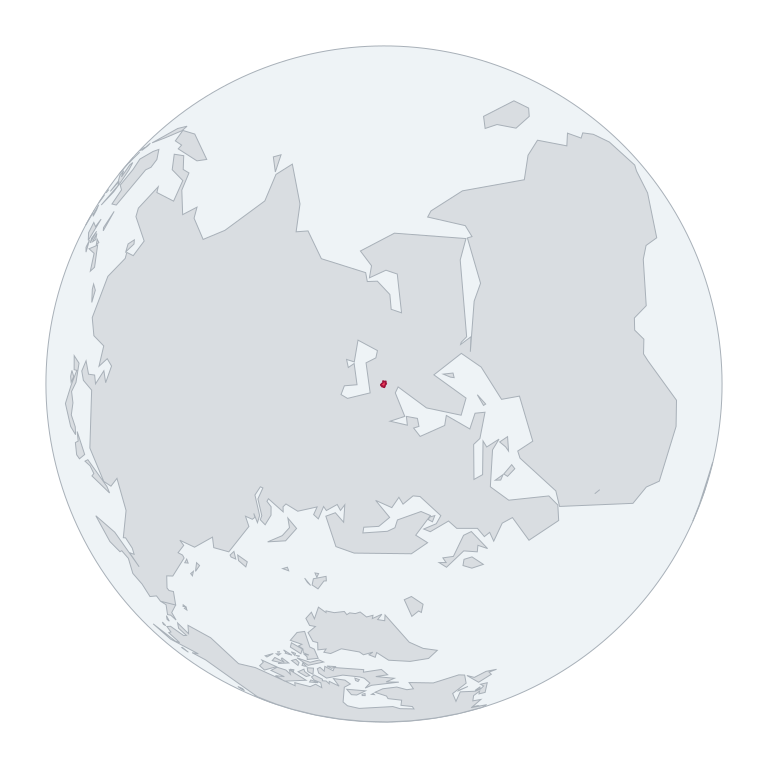 Mtskheta-Mtianeti on an orthographic globe, rotated 207°
{"feature_id": "GEO-3034", "entity_name": "Mtskheta-Mtianeti", "entity_type": "Region", "adm_level": 1, "iso_a3": "GEO", "parent_name": "Georgia", "parent_adm1": "", "projection": "orthographic", "projection_center": [44.706, 42.223], "detail": "fine", "context": "on_globe", "style": "filled", "palette": "rose", "viewbox_px": 768, "rotation_deg": 207, "n_neighbors": 0, "source": "natural_earth", "source_scale": "10m", "svg_char_len": 11808}
<svg xmlns="http://www.w3.org/2000/svg" viewBox="0 0 768 768"><g transform="rotate(207 384 384)"><circle cx="384" cy="384" r="338" fill="#eef3f6" stroke="#a8b0b8"/><path d="M341.7,48.7L342.5,48.7L333.4,49.9L336.2,49.7L347.8,48.5L354.8,47.9L380.2,51.6L417.7,57.2L433.0,57.5L426.9,59.3L458.3,59.8L480.8,65.5L453.1,60.2L448.6,60.8L462.9,64.7L461.3,66.3L467.3,69.4L464.2,71.2L448.3,68.9L445.9,70.3L456.1,73.1L459.4,77.4L444.8,72.8L449.1,80.0L423.2,79.2L386.6,68.8L369.9,72.9L326.2,74.8L327.9,77.4L312.4,80.8L308.7,85.4L301.6,85.2L304.7,89.1L311.9,88.5L315.6,90.1L314.0,93.0L304.8,93.0L304.2,91.6L300.7,93.1L296.7,92.0L297.8,94.2L286.8,94.4L295.3,98.6L284.4,102.4L277.8,101.4L281.7,95.8L276.1,82.1L270.5,80.7L258.8,83.7L229.7,100.6L222.3,102.0L209.8,108.1L212.3,109.5L223.0,105.4L224.7,110.3L237.6,105.5L240.1,107.1L252.1,105.2L246.7,111.9L235.0,119.8L224.8,122.0L219.4,125.8L226.1,129.4L204.4,140.0L185.3,158.8L180.0,161.3L175.0,154.7L182.3,139.4L175.8,133.9L176.3,144.3L163.2,151.7L159.5,156.1L158.1,160.2L161.7,160.3L156.4,164.7L153.9,155.1L158.7,151.0L159.4,153.8L162.7,147.0L161.0,142.0L154.5,146.9L158.7,136.6L154.1,140.2L152.5,140.5L159.5,135.2L146.9,144.9L149.9,140.3L167.8,124.3L186.8,109.6L206.8,96.3L227.6,84.4L249.3,74.1L271.7,65.3L294.6,58.1L318.0,52.6L341.7,48.7ZM46.6,402.0L48.0,417.6L52.8,447.3L55.5,462.7L55.6,463.6L49.7,433.0L46.6,402.0ZM358.2,47.6L348.2,48.4L338.3,49.3L346.7,48.2L358.2,47.6ZM376.9,48.1L371.8,48.4L369.1,47.4L372.9,47.5L376.9,48.1ZM444.3,57.8L436.5,56.2L444.6,57.3L444.3,57.8ZM468.7,69.6L471.4,69.7L473.4,71.3L468.7,69.6ZM254.2,101.8L253.1,103.5L251.5,102.9L254.2,101.8ZM260.4,99.6L259.3,97.8L262.0,96.5L262.7,97.6L260.4,99.6ZM470.4,75.8L472.7,78.8L467.6,75.2L470.4,75.8ZM261.2,102.2L267.1,94.5L272.0,92.4L278.6,95.1L261.2,102.2ZM472.2,80.3L478.0,88.4L484.5,89.0L469.3,92.5L469.4,84.0L462.1,79.3L469.0,81.2L472.2,80.3ZM314.8,87.1L307.1,87.9L315.0,84.7L314.8,87.1ZM318.9,84.7L337.7,74.1L348.3,74.9L339.9,78.0L354.7,77.5L350.6,83.1L341.6,84.6L335.5,82.8L338.6,86.4L318.9,84.7ZM460.0,93.5L459.0,95.4L457.0,93.1L460.0,93.5ZM317.7,90.6L320.5,88.1L329.9,88.6L325.9,93.6L324.2,91.8L317.7,90.6ZM360.6,74.9L366.9,76.5L365.3,81.3L367.5,82.6L351.5,83.3L360.6,74.9ZM321.3,93.2L323.6,96.3L317.8,98.8L315.5,93.1L321.3,93.2ZM334.1,86.7L338.3,87.2L334.6,88.5L334.1,86.7ZM298.4,110.4L301.6,106.9L306.8,106.8L298.4,110.4ZM324.9,97.3L326.9,96.5L329.3,96.1L329.7,98.7L324.9,97.3ZM351.5,86.9L349.5,88.8L358.0,86.8L357.1,90.8L346.5,90.7L350.7,92.4L350.5,93.6L342.2,92.2L351.5,86.9ZM337.2,100.5L323.5,102.5L316.4,108.7L311.6,108.9L323.9,98.9L337.2,100.5ZM340.8,95.7L337.5,98.7L333.2,97.2L332.9,94.2L340.8,95.7ZM360.3,93.6L364.4,87.6L366.5,87.9L360.3,93.6ZM336.0,102.6L339.3,102.1L336.0,103.2L336.0,102.6ZM353.8,96.6L354.9,94.3L357.4,94.7L353.8,96.6ZM345.1,103.3L340.6,103.8L340.2,101.7L345.1,103.3ZM349.7,100.4L352.8,101.5L342.8,100.6L349.8,99.3L349.7,100.4ZM355.9,97.3L357.7,96.8L355.1,98.2L355.9,97.3ZM349.0,111.4L336.5,110.8L335.6,105.9L348.0,107.1L349.0,111.4ZM104.5,478.8L94.6,422.4L103.5,411.3L108.0,390.7L172.0,354.6L182.4,366.8L229.2,379.7L234.4,385.0L225.5,400.6L257.8,434.7L272.3,423.7L305.1,443.2L329.0,446.4L343.7,414.8L304.5,408.7L301.1,391.2L335.3,382.0L370.1,387.8L369.9,381.2L350.8,364.6L361.7,353.6L344.5,357.9L349.3,365.3L338.6,368.5L333.6,362.1L337.6,358.2L328.0,353.7L311.1,374.6L314.2,384.3L287.1,382.9L289.6,399.3L281.2,404.7L273.8,379.0L276.7,370.9L260.5,339.8L255.0,348.0L269.9,378.2L263.9,374.5L256.5,387.1L257.4,374.6L242.6,340.7L220.1,337.1L186.3,359.1L174.2,355.1L166.4,341.7L183.9,310.6L208.9,323.3L215.5,313.7L214.9,293.8L222.5,299.8L225.3,293.6L235.2,297.8L253.6,288.4L264.3,291.2L275.7,273.4L282.8,272.8L274.0,283.2L273.6,292.5L300.8,300.1L307.3,297.5L312.5,285.6L319.3,289.8L320.9,277.4L338.6,276.5L318.4,267.7L324.0,254.8L337.0,247.2L335.2,241.7L314.1,254.3L309.0,260.9L310.3,269.0L293.1,287.2L282.9,287.9L287.1,263.7L273.1,262.4L282.5,245.2L333.8,219.8L353.0,217.3L375.8,239.8L368.9,247.2L357.2,242.5L364.1,258.6L365.4,251.6L371.0,255.4L377.9,245.1L382.2,247.4L381.3,234.0L387.4,235.7L387.8,244.1L403.1,231.5L416.9,232.6L418.2,228.8L415.8,224.3L434.9,229.3L435.0,226.3L428.9,223.4L425.1,215.8L426.0,204.6L432.6,206.9L433.1,211.2L444.2,224.4L444.7,236.4L447.5,236.3L448.6,226.5L435.1,210.3L433.8,203.0L441.3,209.6L438.5,206.6L439.9,203.7L447.4,203.3L439.7,195.7L446.1,164.0L461.4,160.9L467.3,169.7L478.7,152.6L495.0,152.1L489.2,149.3L490.9,140.2L485.8,140.1L483.1,138.2L485.0,117.0L490.5,114.4L484.7,103.7L481.8,102.4L477.4,103.5L469.3,92.5L484.5,89.0L490.5,91.9L496.0,88.4L508.7,95.9L521.8,101.2L532.6,112.6L542.0,116.4L543.1,114.7L556.7,119.2L581.0,135.8L556.6,129.7L519.2,110.0L534.1,118.2L529.3,118.8L533.8,123.5L544.4,129.6L546.5,128.7L556.4,154.2L579.1,178.7L580.9,169.0L589.5,170.0L617.0,193.4L641.7,245.8L653.5,250.8L659.2,258.4L660.0,269.4L651.7,258.6L645.9,260.6L641.1,253.2L639.6,268.6L632.6,258.8L634.9,276.3L642.1,280.9L646.0,270.4L651.0,290.7L664.4,295.3L674.1,310.7L678.9,354.6L671.6,378.4L672.9,384.5L665.7,384.5L662.6,402.5L681.0,420.5L682.7,429.2L674.7,457.3L673.3,451.5L654.5,451.4L655.6,473.9L670.0,478.8L675.2,493.5L666.1,496.5L660.3,484.0L653.6,483.5L652.2,465.0L640.3,443.5L630.9,456.7L628.5,445.5L610.8,430.7L595.5,448.7L573.3,493.0L575.4,521.7L565.5,538.3L540.6,506.3L531.4,479.7L521.2,485.9L496.7,467.2L450.9,474.9L445.4,467.7L436.6,472.6L419.4,466.4L411.5,453.8L400.7,455.4L422.1,488.0L433.9,486.3L445.2,472.0L448.8,483.7L465.4,491.8L443.2,523.1L377.0,550.8L372.4,529.1L331.8,463.6L334.1,456.4L334.0,455.5L333.7,454.0L328.0,465.5L321.7,451.9L341.3,498.8L343.7,517.6L376.0,552.0L372.5,555.3L383.5,562.0L420.9,552.6L420.7,559.6L401.8,591.7L351.7,629.7L359.5,653.2L357.9,670.9L329.2,679.2L334.4,690.8L320.0,692.6L320.9,698.0L310.9,701.5L293.1,701.9L260.0,692.9L255.7,688.4L235.9,673.9L207.4,638.1L213.4,626.4L209.6,612.8L185.9,572.8L190.9,556.5L185.1,545.8L172.8,541.9L166.4,528.6L159.2,524.4L116.0,502.3L104.5,478.8ZM146.4,381.9L143.8,387.8L146.4,381.9ZM405.0,410.8L427.1,411.3L420.5,390.2L428.5,388.9L423.3,382.5L419.9,388.7L407.7,371.1L418.5,364.4L417.5,355.1L410.0,354.6L392.3,369.8L409.6,394.7L403.1,403.6L405.0,410.8ZM163.4,152.2L163.4,153.1L161.0,157.6L160.1,156.4L163.4,152.2ZM162.6,174.3L154.2,180.9L159.6,175.0L156.6,174.1L164.3,161.2L177.8,161.9L170.3,163.6L162.6,174.3ZM178.3,145.1L171.9,152.6L178.4,144.5L178.3,145.1ZM231.2,258.1L233.1,264.1L227.1,269.9L213.6,268.4L222.1,259.8L231.2,258.1ZM237.2,271.5L245.1,249.1L253.9,249.9L247.6,253.1L252.6,255.8L243.9,261.9L244.4,285.3L239.2,292.2L217.0,284.4L227.1,282.9L224.7,276.8L237.2,271.5ZM250.1,197.5L253.7,189.6L268.0,201.0L263.1,207.1L249.2,205.5L247.0,197.4L250.1,197.5ZM271.7,109.4L272.1,107.1L274.7,106.9L276.4,108.7L271.7,109.4ZM299.5,108.8L272.4,120.3L271.5,117.9L256.7,128.5L248.7,126.6L258.5,119.6L241.2,126.5L246.9,119.5L235.4,125.1L258.3,109.9L262.7,104.5L260.8,111.1L268.1,112.9L272.6,112.0L288.6,105.9L301.7,95.9L311.0,96.8L314.1,100.0L312.4,102.5L306.9,101.0L308.5,105.5L299.2,105.4L299.5,108.8ZM345.1,147.7L339.4,143.2L341.1,155.4L331.9,154.0L332.6,155.5L324.5,157.7L316.1,163.3L312.4,161.6L310.7,164.5L305.3,166.4L301.7,170.0L293.8,168.5L288.8,172.9L287.9,169.7L281.4,177.9L282.7,171.2L275.9,173.4L278.2,178.7L244.3,165.4L229.1,166.2L215.6,170.9L219.7,159.7L234.8,148.7L254.5,140.0L268.6,141.4L267.8,136.5L274.4,135.9L272.2,140.0L279.4,133.4L284.2,134.1L301.8,128.7L309.2,119.6L315.8,117.7L315.3,121.6L322.2,117.1L325.7,123.5L330.5,122.4L338.8,128.0L335.0,136.8L340.7,135.1L347.2,139.7L345.1,147.7ZM351.1,113.1L348.7,123.1L342.4,127.5L330.7,116.0L325.8,116.1L318.1,109.7L327.3,103.7L328.7,106.0L332.2,106.9L327.9,108.4L333.9,107.9L336.0,111.2L341.2,111.8L339.0,114.8L351.1,113.1ZM242.6,380.8L247.1,383.2L254.6,384.9L250.0,393.2L242.6,380.8ZM232.0,357.8L236.4,358.2L233.6,370.1L229.0,367.9L232.0,357.8ZM241.2,348.8L236.8,357.3L236.4,351.4L241.2,348.8ZM278.3,283.2L283.2,283.3L282.8,286.3L279.0,289.8L278.3,283.2ZM348.3,186.3L346.0,182.4L348.1,181.2L349.8,171.5L356.8,172.3L358.5,178.4L348.3,186.3ZM335.7,419.7L327.5,425.1L324.4,421.5L327.9,420.3L335.7,419.7ZM285.6,410.1L296.0,416.8L284.3,412.3L285.6,410.1ZM356.2,185.4L356.1,181.3L359.7,184.3L356.2,185.4ZM362.1,172.4L366.6,175.0L357.9,171.2L362.1,172.4ZM416.8,667.7L396.8,695.3L380.4,695.5L376.1,688.4L382.5,671.9L401.1,666.5L409.9,657.6L416.8,667.7ZM704.7,486.3L707.0,481.2L706.7,482.5L704.7,486.3ZM702.6,488.8L705.8,482.2L701.5,492.5L702.6,488.8ZM706.9,479.6L710.1,470.2L711.5,465.2L710.8,468.1L706.9,479.6ZM700.1,493.6L683.8,518.0L676.5,524.3L679.0,518.0L690.9,503.8L700.1,493.6ZM678.3,518.6L666.1,520.8L643.9,503.6L652.0,497.9L674.1,500.1L672.8,505.0L680.3,505.9L678.3,518.6ZM705.0,461.2L703.6,473.6L695.3,486.4L691.1,490.8L688.3,480.9L690.0,471.3L693.6,466.6L703.8,421.9L708.1,420.9L706.0,437.7L709.3,441.5L705.0,461.2ZM577.1,523.6L585.7,536.1L579.8,541.5L577.1,523.6ZM704.9,396.0L702.8,415.3L703.7,393.0L704.9,396.0ZM703.6,377.5L705.2,382.7L702.3,380.6L703.6,377.5ZM675.6,392.6L671.9,399.1L670.3,395.2L674.1,384.6L675.6,392.6ZM681.4,324.0L686.9,336.0L688.1,341.2L683.8,336.5L681.4,324.0ZM416.0,190.5L405.8,202.7L403.0,213.1L408.8,220.9L396.3,215.6L400.5,199.6L416.0,190.5ZM441.7,166.7L436.6,160.7L441.7,160.4L443.5,161.7L441.7,166.7ZM436.7,165.2L425.1,163.5L424.1,158.3L433.4,160.6L436.7,165.2ZM390.5,173.5L386.9,176.9L384.1,174.3L390.5,173.5ZM714.8,452.9L710.2,472.1L714.4,454.9L715.3,450.7L714.8,452.9ZM721.1,407.2L721.2,405.8L721.1,407.2ZM721.6,399.3L721.0,404.7L721.9,390.3L721.6,399.3ZM718.4,428.1L718.0,431.4L717.5,432.2L718.4,428.1ZM719.3,422.4L720.4,416.1L718.9,425.7L719.3,422.4ZM711.1,439.9L712.1,444.2L715.3,431.4L712.8,444.1L714.0,449.7L712.8,455.9L711.9,449.3L710.0,463.8L708.4,467.3L708.5,458.5L710.6,441.6L712.1,432.5L717.2,415.1L711.1,439.9ZM719.6,414.1L719.1,408.5L719.3,401.3L720.0,402.9L719.6,414.1ZM715.9,396.2L712.5,393.2L710.9,402.5L712.7,377.7L715.9,384.7L715.9,396.2ZM710.7,380.9L709.4,389.6L709.8,376.3L710.7,380.9ZM708.2,387.8L706.4,381.7L708.3,378.4L708.2,387.8ZM711.7,378.4L709.4,366.2L711.6,370.6L711.7,378.4ZM701.6,368.8L708.2,370.6L702.2,377.7L694.9,356.6L696.9,351.2L701.6,368.8ZM668.2,254.4L663.8,249.7L663.7,243.7L666.7,248.6L668.2,254.4ZM659.0,222.0L662.2,240.7L663.9,256.7L666.6,256.1L672.9,268.6L665.2,264.1L659.2,245.7L659.0,235.5L652.6,226.0L648.6,214.5L639.7,205.7L635.8,198.8L643.9,203.9L659.0,222.0ZM635.8,202.4L618.7,185.3L621.4,179.1L625.7,181.4L632.4,191.7L630.6,194.3L635.8,202.4ZM615.4,179.5L613.5,182.1L584.4,166.9L579.0,162.3L602.5,169.5L601.9,172.5L608.6,177.6L615.4,179.5ZM462.7,96.1L459.4,95.5L462.1,94.6L462.7,96.1ZM480.3,138.4L477.2,135.5L480.4,134.3L480.3,138.4ZM470.2,127.3L468.8,130.6L467.6,126.1L470.2,127.3ZM465.9,138.5L466.9,131.5L469.9,139.7L465.9,138.5Z" fill="#d9dde1" stroke="#a8b0b8" stroke-width="1"/><path d="M384.7,380.8L384.9,380.9L385.3,381.2L385.5,381.3L385.6,381.2L385.8,381.2L386.1,381.3L386.5,381.8L386.6,382.0L386.4,382.2L386.4,382.5L386.3,382.8L386.2,382.9L386.2,383.0L386.3,383.3L386.2,383.5L385.9,383.7L385.8,383.8L385.7,384.1L385.6,384.6L385.6,384.9L385.6,385.1L385.7,385.3L385.6,385.6L385.9,385.7L386.1,385.7L386.2,385.9L385.9,386.0L385.6,385.8L385.4,386.0L385.5,386.1L385.6,386.3L385.4,386.3L385.1,386.2L385.0,386.3L384.9,386.5L384.6,386.5L384.4,386.5L384.2,386.7L384.0,386.9L383.9,387.0L383.7,387.2L383.2,386.8L383.0,386.6L383.1,386.3L383.2,386.2L383.4,386.2L383.3,385.8L383.2,385.7L383.1,385.3L382.9,385.2L382.6,385.1L382.3,385.2L382.3,385.3L382.2,385.3L382.2,385.2L382.1,384.9L382.1,384.6L382.2,384.3L382.3,384.2L382.5,383.9L382.5,383.7L382.4,383.6L382.4,383.4L382.4,383.2L382.3,382.9L382.2,382.8L382.2,382.6L382.4,382.4L382.2,382.2L381.9,381.9L381.8,381.6L381.7,381.6L381.8,381.6L382.0,381.3L382.1,381.2L382.5,381.2L383.0,380.9L383.4,380.9L383.5,380.9L383.7,381.0L383.9,381.0L384.0,381.1L384.1,381.3L384.2,381.7L384.3,381.7L384.4,381.4L384.5,381.1L384.7,380.8Z" fill="#f43f5e" stroke="#9f1239" stroke-width="1.5"/></g></svg>